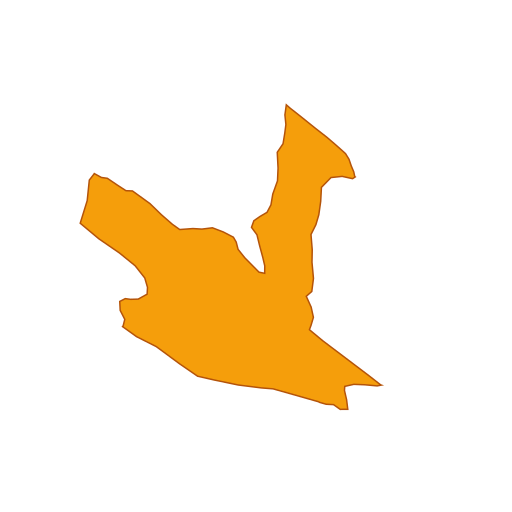 Mora, Dalarna, Sweden, rotated 38°
{"feature_id": "70781695B88380498553182", "entity_name": "Mora", "entity_type": "district", "adm_level": 2, "iso_a3": "SWE", "parent_name": "Sweden", "parent_adm1": "Dalarna", "projection": "equal_earth", "projection_center": [14.299, 61.154], "detail": "fine", "context": "isolated", "style": "filled", "palette": "amber", "viewbox_px": 512, "rotation_deg": 38, "n_neighbors": 0, "source": "geoboundaries", "source_scale": "gbopen_adm2", "svg_char_len": 1531}
<svg xmlns="http://www.w3.org/2000/svg" viewBox="0 0 512 512"><g transform="rotate(38 256 256)"><path d="M186.8,118.2L191.9,127.0L198.6,134.0L203.0,141.4L208.2,150.9L208.9,161.2L219.3,173.2L226.7,183.6L231.1,196.9L236.3,206.5L237.8,214.8L234.8,222.4L232.6,229.5L234.8,236.2L243.7,238.7L252.7,245.8L262.3,253.0L269.0,258.4L273.5,264.3L268.3,266.9L248.2,264.3L237.8,261.8L231.8,257.2L226.6,255.1L215.4,257.2L204.3,260.6L196.8,268.1L189.4,273.2L179.6,282.1L170.7,282.5L155.8,281.7L140.2,280.0L118.6,280.8L113.3,284.6L102.9,285.5L91.0,286.3L85.8,289.3L77.8,290.6L77.9,291.3L77.9,298.8L88.9,316.3L97.3,338.4L121.6,339.2L146.5,337.7L166.8,338.1L181.9,341.8L189.8,347.5L193.7,353.1L189.7,362.5L183.8,367.4L179.2,370.1L176.6,375.7L182.5,382.5L191.6,386.7L194.3,392.8L194.3,393.8L211.5,393.1L233.2,388.8L262.3,388.0L283.7,386.7L284.0,386.7L299.7,379.3L321.4,368.6L341.5,356.6L351.2,350.2L351.4,350.1L394.9,332.4L396.2,332.2L402.6,329.6L408.6,325.4L416.8,325.0L418.5,323.6L422.7,320.3L415.9,313.5L408.5,307.5L406.2,304.1L412.1,296.9L421.0,290.5L431.4,283.8L434.2,280.6L433.6,280.8L418.8,280.8L360.7,281.7L343.5,281.2L343.4,281.0L342.0,276.6L339.0,269.0L330.8,262.2L330.5,262.1L320.4,256.8L321.8,249.6L315.1,238.3L304.0,226.5L296.5,216.5L286.1,205.2L283.9,194.4L280.1,184.8L273.4,173.2L265.3,161.6L266.8,148.0L274.9,140.2L284.5,135.6L285.5,132.6L284.9,132.6L281.2,129.5L275.5,126.3L269.7,122.5L263.5,120.2L251.5,119.4L239.0,118.8L224.5,118.8L200.5,118.5L192.2,118.5L186.8,118.2Z" fill="#f59e0b" stroke="#b45309" stroke-width="1.5"/></g></svg>